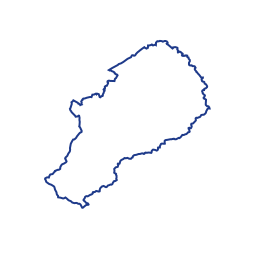 Vohibato, Haute Matsiatra, Madagascar (orthographic projection), rotated 299°
{"feature_id": "10022922B39439372576611", "entity_name": "Vohibato", "entity_type": "district", "adm_level": 2, "iso_a3": "MDG", "parent_name": "Madagascar", "parent_adm1": "Haute Matsiatra", "projection": "orthographic", "projection_center": [47.101, -21.673], "detail": "fine", "context": "isolated", "style": "outline", "palette": "blue", "viewbox_px": 256, "rotation_deg": 299, "n_neighbors": 0, "source": "geoboundaries", "source_scale": "gbopen_adm2", "svg_char_len": 5819}
<svg xmlns="http://www.w3.org/2000/svg" viewBox="0 0 256 256"><g transform="rotate(299 128 128)"><path d="M123.1,66.1L122.7,66.6L121.6,67.2L118.4,67.8L117.9,68.0L116.6,67.9L115.5,69.1L115.1,70.2L114.5,71.0L113.1,75.8L112.5,76.7L113.6,78.2L115.0,79.0L115.0,79.3L113.4,80.7L111.5,81.6L110.0,82.8L106.8,84.3L105.7,84.6L105.4,85.6L103.1,88.8L102.1,89.3L101.6,89.1L101.3,88.8L100.5,88.3L99.4,88.0L95.9,87.4L94.3,87.4L93.0,87.0L92.0,86.6L91.3,85.6L89.3,85.5L86.5,85.6L82.3,87.0L81.0,87.9L79.2,88.5L76.7,88.2L74.1,88.4L72.0,87.7L71.2,87.7L70.9,87.8L70.6,88.5L70.3,88.5L69.1,90.4L68.9,90.5L68.0,90.4L65.8,89.2L64.6,88.2L63.8,87.8L61.4,87.7L60.1,88.1L59.4,88.5L59.0,88.4L57.9,87.7L57.4,86.8L55.1,85.0L54.8,85.3L53.6,84.8L51.5,84.5L51.0,84.2L49.9,82.8L49.5,82.5L47.8,82.5L46.3,82.8L45.8,81.5L45.3,80.9L43.8,80.0L43.2,80.2L42.9,80.5L42.4,81.5L41.7,82.1L41.2,82.8L40.8,86.1L41.2,88.5L41.0,91.5L40.6,92.3L38.7,94.1L37.1,96.6L35.8,97.6L35.2,98.3L34.8,99.6L33.5,100.5L34.3,102.6L34.9,105.4L35.5,106.1L36.9,107.0L36.4,109.7L36.1,110.4L36.0,111.3L36.3,113.5L35.8,115.4L36.3,117.6L37.3,118.9L37.6,119.6L37.6,121.3L38.2,122.2L38.2,122.7L38.0,123.7L36.1,126.5L36.3,127.1L39.9,128.5L40.8,129.2L41.5,130.4L41.9,130.6L42.4,130.0L42.6,129.4L42.2,127.5L42.9,126.1L42.9,125.2L43.4,124.0L44.0,123.9L45.3,124.2L47.0,123.9L47.8,124.3L48.2,124.6L48.7,125.9L51.3,127.4L52.3,128.4L53.7,128.9L54.5,128.4L55.0,128.5L55.9,130.0L57.5,130.7L58.3,133.4L58.9,133.9L59.7,133.6L60.0,133.3L61.4,133.0L62.5,133.0L63.7,133.5L64.3,133.6L65.5,134.8L65.5,137.1L65.7,137.6L66.2,138.0L67.9,138.3L69.2,139.5L70.0,140.0L70.2,140.3L70.3,140.8L70.7,141.2L71.4,141.5L73.0,141.3L73.6,141.5L74.4,141.4L74.9,141.7L75.4,142.5L76.9,143.4L77.4,143.1L77.5,142.7L77.9,142.3L78.9,142.1L80.7,141.1L81.1,140.6L81.3,140.1L82.1,139.8L82.2,139.4L82.1,138.5L82.2,137.6L83.9,137.0L85.5,135.8L87.6,136.3L89.0,137.8L90.7,137.5L91.2,137.2L91.5,136.5L92.0,136.5L92.5,137.7L92.8,137.9L95.3,137.3L95.9,137.4L96.8,137.7L98.8,139.1L99.6,139.3L100.2,139.7L100.4,140.7L101.6,142.0L101.7,143.9L102.5,145.5L104.2,145.9L104.5,146.3L105.8,146.0L107.3,146.6L108.6,148.3L110.4,149.9L111.2,151.2L112.3,152.2L112.8,152.9L113.1,153.6L112.9,154.1L113.1,154.6L114.0,155.0L114.5,154.9L115.1,155.4L115.4,156.5L116.4,157.7L117.2,159.4L117.4,160.3L117.9,160.5L119.5,159.9L121.0,160.2L121.4,160.7L122.0,162.5L122.1,163.9L122.6,164.4L123.2,164.6L124.4,164.4L125.2,163.8L125.6,163.8L126.4,165.3L127.6,164.7L130.0,164.6L130.8,165.2L131.7,167.2L132.2,167.8L133.2,167.0L134.4,166.4L134.8,166.3L135.4,166.6L135.9,167.0L136.6,168.0L138.7,170.5L139.3,171.6L140.0,172.2L140.2,172.8L140.7,173.1L141.0,173.8L140.9,174.6L141.6,175.6L143.9,177.1L144.1,177.9L145.6,178.5L148.3,178.9L148.5,179.5L149.1,180.3L150.2,181.1L150.9,181.9L152.1,182.4L153.3,182.6L154.1,183.5L154.7,183.7L156.5,182.0L156.7,181.4L157.3,181.0L157.9,181.4L157.9,182.5L158.3,183.1L159.2,183.2L159.6,183.0L160.4,182.9L161.4,181.7L162.1,181.4L162.5,181.4L163.0,182.1L163.6,182.7L167.0,183.6L167.7,183.6L169.2,182.5L170.0,182.7L170.3,183.1L170.6,184.0L171.6,184.6L172.2,185.4L173.0,185.7L174.9,185.8L176.1,187.3L176.3,187.8L176.8,188.1L178.2,188.6L179.1,188.7L180.7,188.3L183.3,188.3L184.0,188.7L184.6,189.9L185.5,189.0L185.6,188.3L185.9,188.0L185.9,187.7L185.4,186.7L185.9,184.9L186.4,184.5L190.6,182.5L190.7,181.8L190.6,179.9L190.8,179.7L191.3,179.4L191.9,179.7L193.6,179.6L193.9,179.3L194.0,178.4L194.5,176.6L195.3,176.1L195.8,175.2L196.8,174.9L197.8,175.4L198.1,176.1L198.8,175.8L199.3,175.8L200.5,176.8L201.7,177.2L202.0,177.3L202.9,177.0L204.0,175.1L204.0,173.5L205.2,172.4L205.2,171.8L204.8,170.7L205.0,169.9L206.3,168.7L206.8,168.6L207.8,169.2L208.4,169.0L207.8,167.9L207.7,167.4L209.0,164.5L209.6,162.5L210.2,161.4L210.1,160.8L210.5,160.5L211.3,158.5L211.9,157.8L212.7,157.6L213.0,157.8L213.4,157.9L214.2,156.6L214.2,156.0L213.4,154.4L213.7,153.3L213.4,152.8L213.2,152.8L212.9,152.1L212.7,151.4L212.9,150.8L213.5,150.3L214.7,149.7L216.4,149.7L217.5,149.0L218.0,147.5L219.0,146.7L218.8,146.0L219.0,145.2L220.0,144.7L219.7,143.6L219.0,142.7L218.6,142.7L218.4,142.1L217.8,141.4L217.5,140.5L217.6,140.2L217.9,139.8L218.4,139.8L218.8,140.1L219.3,140.0L219.6,139.4L219.6,138.4L220.0,137.3L220.0,136.8L219.5,136.0L218.3,135.1L218.4,134.9L218.9,134.6L220.0,134.5L220.2,133.7L220.6,133.0L221.3,132.9L222.1,132.3L221.8,130.5L221.6,130.0L220.3,128.3L219.5,128.6L219.1,128.4L220.2,123.1L220.3,121.3L220.5,121.0L221.4,121.5L222.0,121.2L222.5,120.0L222.3,118.7L221.8,117.8L220.4,116.6L220.4,115.5L219.6,113.6L218.7,112.9L218.3,111.9L218.0,111.5L216.3,111.1L214.0,112.2L214.0,111.3L212.7,110.2L212.3,109.7L212.3,109.3L212.5,109.1L212.6,108.4L211.9,108.0L210.6,106.7L209.9,105.5L207.8,106.5L207.3,106.0L206.5,105.8L206.3,104.3L206.6,103.1L203.3,101.5L201.9,101.0L201.6,100.7L200.2,100.3L199.0,99.7L196.7,99.1L195.6,99.1L194.8,98.9L194.1,98.2L194.1,97.1L193.5,96.3L193.2,96.2L191.4,96.3L188.3,94.1L183.5,91.9L181.1,90.5L179.4,88.9L178.1,88.5L172.8,85.1L169.4,83.2L169.4,84.2L170.0,84.8L169.9,86.4L170.1,87.6L170.1,88.6L170.0,89.2L169.3,89.9L169.5,90.3L169.1,91.3L169.4,92.3L169.2,93.1L168.9,93.4L168.1,93.3L165.7,93.3L165.1,92.9L164.6,92.8L162.5,93.4L160.5,89.5L160.3,88.7L159.9,88.0L159.1,87.5L158.3,87.7L158.0,88.6L157.4,88.9L154.6,89.0L154.2,88.3L153.8,88.0L152.9,87.7L152.3,88.0L152.1,88.4L151.2,88.7L150.6,88.1L149.8,88.0L149.5,88.4L149.6,89.3L149.3,89.5L147.6,89.4L146.9,89.7L145.1,89.7L144.0,90.3L143.6,90.2L143.0,89.3L141.5,89.0L141.3,88.3L143.4,86.0L143.0,84.2L142.1,84.1L142.3,83.5L142.3,83.1L140.7,82.0L139.9,80.7L137.3,81.1L137.1,80.4L136.5,79.5L134.5,77.3L132.8,75.8L132.1,74.7L131.8,74.5L131.1,74.6L130.7,74.3L130.4,74.5L130.3,74.4L128.6,74.2L127.6,75.3L126.3,75.6L126.1,76.1L125.3,75.4L125.3,75.1L125.0,75.0L125.3,74.5L125.2,74.1L125.5,73.3L125.2,72.8L125.7,71.9L125.7,66.8L124.8,66.8L123.1,66.1Z" fill="none" stroke="#1e3a8a" stroke-width="2"/></g></svg>